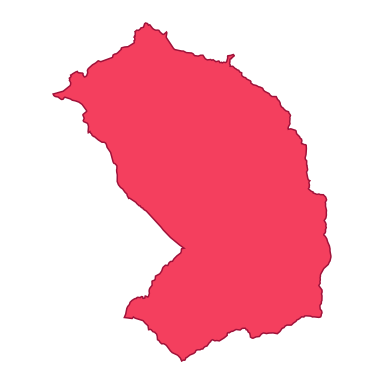 the district of Sarulesti, Buzau, Romania
{"feature_id": "2599482B39885931809271", "entity_name": "Sarulesti", "entity_type": "district", "adm_level": 2, "iso_a3": "ROU", "parent_name": "Romania", "parent_adm1": "Buzau", "projection": "mercator", "projection_center": [26.772, 45.488], "detail": "fine", "context": "isolated", "style": "filled", "palette": "rose", "viewbox_px": 384, "rotation_deg": 0, "n_neighbors": 0, "source": "geoboundaries", "source_scale": "gbopen_adm2", "svg_char_len": 5904}
<svg xmlns="http://www.w3.org/2000/svg" viewBox="0 0 384 384"><path d="M322.0,290.0L318.8,285.5L320.2,283.2L319.9,281.7L320.3,279.9L320.1,277.5L320.4,276.5L320.4,275.1L320.7,274.1L323.8,268.5L328.2,264.5L329.3,262.0L330.0,261.0L330.9,257.1L330.9,256.0L330.0,251.0L330.0,248.9L329.4,245.9L327.6,241.8L326.8,238.9L325.3,236.4L324.0,235.3L323.8,234.6L324.1,233.9L325.2,232.8L325.4,232.2L325.6,231.0L325.4,229.9L326.3,227.5L325.8,226.2L326.1,224.5L325.8,223.4L325.3,222.2L324.7,221.6L324.2,220.5L325.9,218.0L326.4,215.1L326.3,212.6L326.5,210.4L325.5,206.1L325.6,203.8L325.3,202.3L326.6,199.9L325.7,197.1L323.3,194.7L320.4,194.6L318.9,194.0L316.9,194.4L313.1,192.8L313.1,192.0L311.2,191.2L308.5,189.0L308.4,188.7L309.4,187.0L309.1,186.2L309.5,185.2L308.9,182.8L309.2,181.6L309.9,180.7L308.5,180.0L308.2,179.5L307.7,177.9L306.5,172.0L307.5,170.2L307.6,169.3L306.8,165.5L307.0,165.5L306.6,164.3L306.7,160.8L305.5,159.5L305.1,158.0L306.0,154.6L306.4,148.8L306.2,145.2L305.5,144.7L303.9,144.5L302.1,143.5L301.9,143.7L301.5,143.3L301.4,142.7L301.9,140.8L301.5,139.1L300.3,138.3L299.5,136.6L296.6,133.7L296.0,130.8L295.4,130.3L290.8,128.8L288.3,129.3L288.3,128.5L288.0,128.3L288.4,126.8L290.0,123.8L289.7,122.0L290.0,118.6L289.8,117.4L290.5,115.5L289.9,114.3L289.1,113.4L288.5,111.7L286.0,110.9L284.2,109.4L283.2,108.1L281.4,106.8L280.3,104.6L280.2,103.2L279.7,102.0L278.9,100.6L277.6,99.5L276.2,96.6L271.9,96.5L270.3,95.3L269.1,93.6L264.8,91.4L263.4,90.1L263.0,88.9L262.4,88.1L259.9,87.0L258.6,86.8L256.4,85.5L253.1,84.7L250.8,82.9L250.9,81.6L250.4,80.9L246.5,78.9L245.7,77.7L243.6,77.1L242.0,75.8L241.7,75.3L241.7,72.8L239.8,72.0L238.7,70.3L237.1,69.8L235.9,68.8L235.0,68.4L232.8,66.3L230.1,66.3L230.2,64.9L229.6,63.9L229.9,61.5L229.9,59.6L230.2,59.0L231.1,58.8L231.6,58.4L231.6,58.0L234.1,56.0L234.2,55.5L233.3,54.5L230.6,55.4L227.8,55.8L227.6,56.4L227.7,58.0L226.7,61.5L226.3,62.1L225.7,62.5L223.6,62.2L222.3,62.9L221.4,62.3L220.9,62.6L219.7,62.5L219.1,61.2L218.6,61.0L215.9,61.7L213.1,59.7L211.8,60.3L210.7,59.5L207.3,59.9L205.3,58.8L202.9,55.2L200.6,55.2L198.2,56.1L194.5,55.6L193.2,53.9L191.6,53.0L186.3,52.6L183.5,51.1L181.4,51.0L174.9,49.6L173.6,48.6L166.4,37.7L166.2,36.7L166.8,33.2L166.8,32.6L166.5,32.0L164.0,34.2L163.2,34.4L162.4,34.1L160.2,32.2L158.9,30.4L157.9,30.1L155.7,30.2L153.9,29.4L152.6,28.4L149.8,24.8L148.4,25.2L147.8,23.9L147.1,23.4L145.5,23.0L144.6,23.8L143.5,27.2L140.8,28.0L140.3,29.0L138.4,30.4L136.8,30.1L134.9,31.7L135.4,32.9L135.2,33.3L135.2,35.1L134.5,36.1L134.9,36.4L134.1,37.2L134.6,37.6L134.9,39.2L134.7,40.2L134.0,40.7L134.3,42.6L134.1,42.9L128.0,46.7L124.7,47.0L121.7,47.8L121.2,48.3L121.3,49.3L117.6,52.9L116.4,53.7L114.6,54.1L113.1,55.0L112.5,57.4L100.8,61.7L98.2,60.8L95.6,63.0L92.5,64.8L88.3,68.6L87.4,70.3L87.7,72.9L86.6,75.7L85.7,76.5L84.6,77.0L84.2,76.8L82.9,74.8L83.1,74.2L83.0,73.5L82.5,73.1L78.7,72.8L78.0,72.5L77.3,71.4L75.7,72.0L72.3,74.0L71.8,74.6L70.6,75.1L71.0,76.2L70.9,76.8L69.3,78.2L69.8,78.9L69.4,80.4L70.1,81.4L70.7,82.8L70.6,84.3L70.2,85.6L63.2,91.2L53.1,94.0L53.8,95.5L55.2,96.5L58.0,97.0L61.0,99.2L61.8,99.5L63.1,99.2L64.2,97.6L64.6,97.3L65.3,97.3L70.5,99.0L72.3,100.2L75.2,100.8L78.9,102.1L82.1,104.4L86.6,110.6L86.7,111.2L86.3,111.7L83.0,114.5L82.9,115.1L84.2,118.2L83.2,120.7L83.7,121.6L87.1,123.1L87.9,124.1L88.5,126.6L88.1,131.5L88.3,132.7L89.9,131.6L90.2,132.6L91.6,134.0L92.1,135.3L93.6,136.5L94.3,136.5L98.3,139.9L101.9,142.2L104.3,142.3L105.6,143.1L106.4,144.6L107.1,147.3L110.6,152.5L113.1,161.9L113.9,163.3L115.2,163.8L116.9,165.8L116.9,168.6L116.6,169.8L116.7,171.7L117.3,174.9L117.2,181.5L118.4,184.7L120.5,187.4L122.7,189.0L124.9,192.1L127.0,194.2L127.2,195.5L128.7,198.4L129.5,198.1L136.0,202.4L136.7,203.5L139.2,205.8L140.3,205.9L140.6,206.7L141.7,207.7L142.8,208.0L143.1,208.8L143.7,209.1L144.1,209.7L146.3,211.0L160.9,226.9L163.3,230.0L170.5,237.5L179.6,245.0L184.1,248.2L181.7,248.7L181.4,249.2L181.3,251.5L180.6,253.1L177.0,255.8L174.9,257.9L174.1,258.7L172.5,261.3L170.5,261.5L169.1,262.7L167.8,265.5L165.4,265.2L163.2,267.2L162.6,268.3L161.7,271.0L159.8,273.8L155.5,276.1L155.2,279.1L154.8,279.8L154.2,280.4L153.3,280.5L152.0,281.2L152.1,285.3L150.1,287.8L149.4,289.2L149.1,291.0L149.4,293.4L148.3,296.7L147.7,297.0L145.5,296.0L145.1,296.1L144.8,298.0L143.2,298.4L142.8,298.1L142.7,296.9L142.4,296.7L141.3,296.6L140.4,297.6L137.7,297.3L136.9,297.6L136.5,298.4L135.3,298.5L134.0,299.1L131.9,300.5L130.1,302.3L129.4,304.5L127.7,306.5L126.8,308.5L125.7,314.1L124.3,317.5L132.1,318.5L133.4,317.0L135.2,318.2L143.0,320.6L145.3,323.3L148.0,325.7L148.6,329.7L150.4,329.4L151.4,329.9L152.8,331.6L155.0,332.4L155.3,333.0L156.5,333.9L157.2,336.1L157.5,339.7L159.0,340.6L160.1,342.3L161.6,343.8L163.8,343.7L165.8,344.9L166.8,345.9L170.4,350.8L172.2,352.6L177.5,355.1L178.3,355.8L180.4,358.1L181.6,361.0L183.4,360.1L184.7,360.2L185.1,359.9L186.0,357.6L186.8,357.5L189.9,355.0L193.8,353.4L195.3,352.1L195.8,350.8L196.2,350.3L197.7,349.8L200.0,349.8L201.5,349.0L202.8,349.0L203.8,347.6L205.0,346.6L207.0,346.0L209.3,342.7L210.6,341.6L211.2,340.5L212.2,339.9L212.6,339.7L214.8,340.8L216.8,340.5L219.3,340.9L224.0,338.0L226.8,335.7L227.2,335.3L227.1,334.1L227.5,333.0L228.3,332.6L229.0,332.9L231.4,331.4L232.7,331.3L236.0,329.5L240.2,330.0L242.1,328.4L245.2,328.2L245.8,328.9L246.2,329.8L247.5,330.1L248.1,331.9L249.7,333.1L250.3,335.6L250.4,337.0L252.1,338.1L253.1,338.2L256.0,336.9L259.4,336.5L261.5,333.9L263.6,332.9L266.5,333.6L268.6,333.1L273.1,332.9L277.3,333.7L279.9,331.5L282.1,328.4L284.0,327.6L285.2,326.0L287.0,325.1L291.2,325.1L291.8,324.7L293.4,323.1L295.9,321.4L297.1,319.8L298.3,319.4L299.8,318.4L301.6,316.8L303.9,317.0L304.5,316.1L306.0,315.8L310.5,316.1L312.7,317.0L313.9,316.8L318.9,317.4L320.6,316.9L321.1,315.9L321.4,314.0L322.0,312.9L321.7,311.0L320.2,309.1L319.9,306.0L320.0,305.2L321.3,303.5L321.4,301.5L321.9,300.5L322.0,295.8L321.5,293.9L322.1,292.0L322.0,290.0Z" fill="#f43f5e" stroke="#9f1239" stroke-width="1.5"/></svg>